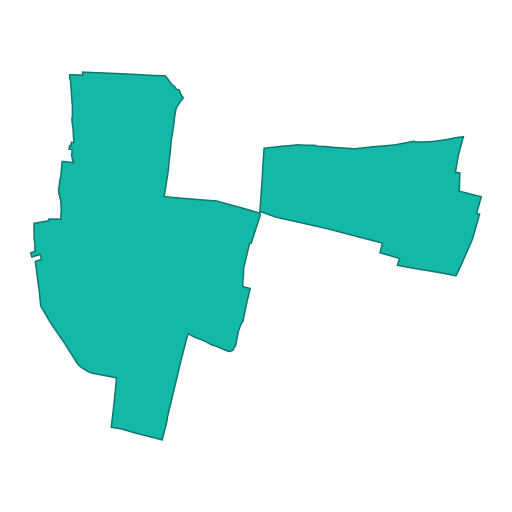 outline of Santa Lucía del Camino, Oaxaca, Mexico
{"feature_id": "50627088B1841246118365", "entity_name": "Santa Lucía del Camino", "entity_type": "district", "adm_level": 2, "iso_a3": "MEX", "parent_name": "Mexico", "parent_adm1": "Oaxaca", "projection": "albers", "projection_center": [-96.693, 17.063], "detail": "fine", "context": "isolated", "style": "filled", "palette": "teal", "viewbox_px": 512, "rotation_deg": 0, "n_neighbors": 0, "source": "geoboundaries", "source_scale": "gbopen_adm2", "svg_char_len": 4790}
<svg xmlns="http://www.w3.org/2000/svg" viewBox="0 0 512 512"><path d="M250.2,288.5L245.6,287.3L243.3,286.7L242.7,286.5L242.7,285.3L242.8,284.3L242.9,281.0L243.2,277.1L243.5,275.2L243.5,273.0L243.6,268.0L243.8,267.7L244.8,263.3L245.2,261.7L247.5,252.0L249.6,243.0L251.2,243.2L253.2,237.0L256.7,226.2L260.2,215.4L260.0,213.1L247.3,209.5L230.7,204.9L216.2,200.9L200.6,199.8L199.6,199.7L198.6,199.6L198.3,199.6L188.8,198.8L185.3,198.5L182.6,198.3L171.0,197.3L168.5,197.0L166.6,196.8L164.0,196.5L164.7,193.5L165.4,188.9L167.6,175.1L168.1,171.5L168.6,167.7L168.9,163.1L169.2,160.9L169.6,157.4L170.4,151.1L170.7,146.5L171.0,143.2L171.2,140.8L171.6,138.1L172.2,135.0L172.7,131.8L173.0,129.7L174.3,120.8L174.7,116.2L175.6,111.2L176.1,108.9L176.8,107.1L178.0,105.1L183.0,98.1L183.4,97.7L182.4,96.8L181.6,95.7L180.8,93.8L180.1,92.5L179.6,90.6L178.6,89.7L176.2,89.2L175.6,88.4L175.4,88.1L174.7,86.6L171.9,84.6L171.1,83.4L169.3,81.2L168.2,79.5L165.1,75.8L164.4,75.8L158.5,75.6L155.5,75.5L152.9,75.5L152.5,75.4L150.6,75.3L147.9,75.2L146.1,75.1L145.0,75.0L144.6,75.0L143.1,74.9L141.6,74.8L141.2,74.8L140.3,74.7L138.5,74.6L128.9,74.1L113.3,73.4L102.8,72.9L94.0,72.6L82.7,72.1L82.6,74.1L82.6,74.4L82.6,75.2L82.2,75.1L70.2,74.7L69.8,74.7L69.7,77.0L69.6,78.4L69.7,79.0L70.4,79.1L70.5,80.8L70.8,84.6L70.8,85.1L71.2,89.7L71.2,89.8L71.5,95.4L71.9,100.5L72.4,106.1L72.4,106.6L72.4,117.4L72.0,117.7L71.9,117.8L72.0,121.0L72.1,121.8L73.0,128.4L73.3,133.4L73.3,133.5L73.5,136.8L73.5,137.1L73.6,138.3L73.8,142.4L71.4,142.3L71.2,145.8L69.7,145.5L69.0,149.2L69.5,149.2L70.4,149.3L71.6,149.4L72.0,149.4L72.1,152.4L71.5,155.0L71.6,155.3L72.5,159.4L72.9,160.8L73.2,161.8L73.8,162.6L68.6,162.1L67.0,161.9L66.2,161.8L64.5,161.6L62.2,161.4L61.6,167.1L61.2,171.6L60.6,178.0L60.2,178.0L58.9,188.1L58.8,188.4L58.5,189.3L59.0,194.5L59.5,194.7L59.8,198.2L60.0,198.4L60.5,198.7L60.7,199.7L60.9,204.6L60.9,204.8L61.1,205.3L61.2,210.4L61.2,210.8L60.9,214.5L60.8,214.9L60.8,215.4L60.9,219.4L60.1,219.2L56.4,219.1L55.9,219.1L48.9,219.0L49.0,220.7L41.6,222.0L34.0,223.3L34.0,227.0L34.0,230.3L34.1,235.2L34.1,236.1L34.0,237.3L34.3,239.7L34.4,240.4L34.8,244.2L35.1,246.4L34.7,247.3L34.8,248.3L35.3,251.3L30.7,252.9L31.9,257.0L40.2,254.5L41.5,259.4L35.3,261.4L35.6,263.9L35.9,266.4L36.0,266.7L36.5,270.4L36.8,272.9L37.3,276.4L37.7,279.6L38.1,283.1L38.5,285.6L38.5,285.9L39.1,289.4L39.2,290.2L39.3,291.0L40.4,303.0L40.5,304.6L40.5,304.8L40.7,306.0L41.9,308.1L42.6,309.1L43.9,311.5L46.3,315.4L48.3,318.9L48.4,319.2L51.2,323.8L54.5,328.6L60.5,337.4L62.5,340.3L64.4,343.0L66.7,346.7L67.4,347.8L73.1,356.7L77.1,363.2L78.0,364.5L81.2,367.3L84.8,369.6L86.7,370.7L87.9,371.7L90.0,372.4L91.9,373.1L104.4,375.5L109.1,376.4L116.5,377.9L114.1,402.8L112.9,413.3L112.8,415.3L112.2,418.7L111.6,424.2L111.3,427.4L111.6,427.4L121.1,428.8L121.6,428.9L122.9,429.4L131.5,431.9L132.5,432.3L133.2,432.5L137.5,433.6L144.7,435.4L162.2,439.9L162.5,438.7L166.9,421.3L167.3,418.4L167.4,417.4L169.9,406.9L170.3,405.4L173.0,394.0L174.9,386.0L175.2,384.8L177.5,375.3L179.5,366.7L181.8,357.4L185.6,342.8L186.5,338.9L187.4,336.3L187.7,335.4L188.1,333.8L188.9,334.0L191.6,335.6L194.5,337.2L196.5,338.0L201.8,339.8L206.3,341.8L209.9,344.0L212.7,345.3L215.7,346.0L222.1,348.8L228.1,351.3L229.2,351.5L230.1,351.4L232.7,350.4L235.8,345.0L236.2,342.7L236.8,339.7L237.7,334.7L238.4,331.2L239.5,328.2L240.6,325.1L243.1,320.8L244.3,314.8L245.0,311.2L246.5,304.1L247.0,301.8L247.2,300.6L247.3,300.2L247.7,298.8L249.5,291.6L249.9,289.9L250.2,288.5ZM463.4,136.7L462.4,136.8L462.0,136.9L459.7,137.1L457.7,137.4L453.8,138.1L447.9,139.4L446.9,139.6L446.6,139.6L441.8,140.2L439.0,140.7L433.4,141.4L430.5,141.6L429.2,141.7L426.7,141.8L425.8,141.8L423.5,141.9L415.5,142.0L414.4,141.4L413.6,141.3L409.4,142.1L406.6,142.7L404.4,143.1L399.5,144.0L394.5,144.9L388.1,145.5L386.8,145.6L384.9,145.8L381.9,146.1L379.8,146.2L372.5,146.8L371.6,146.9L362.5,148.0L360.3,148.2L357.9,148.4L355.6,148.8L353.5,148.7L335.0,147.5L328.0,146.8L322.9,146.4L319.6,146.5L316.2,146.0L315.5,145.5L314.4,145.3L310.7,145.3L306.3,145.2L302.6,145.1L299.8,144.9L297.3,144.8L296.0,144.9L293.8,145.3L290.0,145.5L289.1,145.7L285.9,145.9L279.9,146.5L273.8,147.2L266.0,148.0L264.1,148.2L262.7,167.9L262.4,175.8L260.3,205.8L259.9,211.4L266.3,213.7L275.7,217.1L315.9,226.1L316.6,226.3L316.9,226.3L326.4,228.5L370.4,240.0L382.5,243.1L380.7,249.8L380.0,252.7L387.3,254.9L388.2,255.1L399.1,258.4L399.5,258.5L397.9,263.6L397.4,265.3L406.6,267.0L408.5,267.4L411.1,267.9L414.4,268.4L416.6,268.8L420.1,269.4L421.3,269.6L424.8,270.1L426.5,270.4L428.8,270.8L440.5,272.8L446.4,273.9L446.9,274.0L456.0,275.8L459.9,267.7L460.5,266.5L472.5,239.1L479.6,214.2L476.6,213.5L481.3,196.8L459.3,191.2L459.7,177.5L459.8,172.8L458.2,172.6L455.4,172.4L457.4,160.8L458.6,154.4L463.4,136.7Z" fill="#14b8a6" stroke="#0f766e" stroke-width="1.5"/></svg>